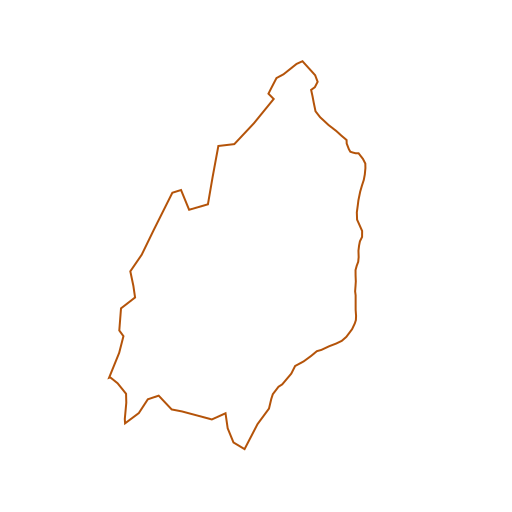 Ed Al Fursan, Southern Darfur, Sudan, rotated 18°
{"feature_id": "16777658B67455933132274", "entity_name": "Ed Al Fursan", "entity_type": "district", "adm_level": 2, "iso_a3": "SDN", "parent_name": "Sudan", "parent_adm1": "Southern Darfur", "projection": "equal_earth", "projection_center": [24.402, 11.715], "detail": "fine", "context": "isolated", "style": "outline", "palette": "amber", "viewbox_px": 512, "rotation_deg": 18, "n_neighbors": 0, "source": "geoboundaries", "source_scale": "gbopen_adm2", "svg_char_len": 1470}
<svg xmlns="http://www.w3.org/2000/svg" viewBox="0 0 512 512"><g transform="rotate(18 256 256)"><path d="M260.8,71.3L256.4,65.8L240.0,56.4L235.2,60.8L226.0,74.7L220.5,80.4L218.6,91.8L217.7,97.8L221.4,99.7L224.3,101.2L213.0,130.4L200.8,156.3L186.2,163.0L190.4,194.8L194.3,221.7L178.1,232.7L164.3,216.4L156.9,221.7L150.7,262.8L146.9,290.1L141.2,309.4L148.6,322.3L153.8,332.8L143.8,347.5L149.0,369.1L154.7,373.2L155.8,390.4L153.9,417.2L154.8,416.5L156.3,417.0L163.7,419.8L175.0,427.2L178.0,435.7L181.6,451.6L183.2,455.6L193.1,441.6L197.4,425.7L206.6,418.9L223.2,428.0L233.6,426.7L264.5,425.1L275.6,415.0L282.3,428.6L292.2,440.3L304.8,443.2L309.4,415.4L315.5,397.1L314.7,387.2L314.7,382.2L317.8,373.4L320.6,370.0L325.9,357.0L327.2,348.5L333.9,341.5L339.3,334.0L343.3,327.7L347.2,325.1L353.6,319.1L359.3,314.5L363.8,310.2L366.9,305.0L370.0,295.9L370.8,289.6L370.8,286.1L369.7,282.1L367.4,276.4L362.9,262.6L361.2,259.0L359.9,253.7L358.8,249.4L356.7,243.7L355.0,238.6L354.8,234.0L355.0,230.0L354.0,225.4L351.8,219.3L350.8,214.2L350.3,209.9L351.0,205.1L349.2,199.4L344.0,193.6L340.9,190.2L338.4,183.3L337.1,176.1L336.2,171.5L335.2,162.6L335.0,156.4L335.0,150.3L334.3,144.9L332.9,138.6L331.4,134.3L327.7,130.6L321.8,126.6L319.0,127.5L316.0,127.7L313.5,127.7L311.3,125.7L307.5,121.0L306.3,117.7L299.9,115.1L293.7,112.3L284.7,109.1L274.1,104.2L267.9,100.0L263.5,92.3L260.5,86.8L257.1,81.0L259.8,77.3L260.7,71.8L260.8,71.3Z" fill="none" stroke="#b45309" stroke-width="2"/></g></svg>